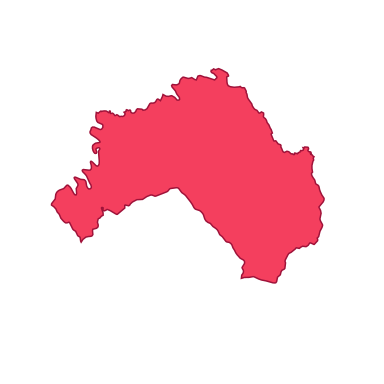 Yen The, Bắc Giang, Vietnam, rotated 137°
{"feature_id": "81297802B24165490506756", "entity_name": "Yen The", "entity_type": "district", "adm_level": 2, "iso_a3": "VNM", "parent_name": "Vietnam", "parent_adm1": "Bắc Giang", "projection": "equal_earth", "projection_center": [106.157, 21.524], "detail": "fine", "context": "isolated", "style": "filled", "palette": "rose", "viewbox_px": 384, "rotation_deg": 137, "n_neighbors": 0, "source": "geoboundaries", "source_scale": "gbopen_adm2", "svg_char_len": 5985}
<svg xmlns="http://www.w3.org/2000/svg" viewBox="0 0 384 384"><g transform="rotate(137 192 192)"><path d="M88.3,195.6L88.6,197.2L88.5,198.3L86.5,200.0L85.8,201.0L86.6,203.2L88.5,203.5L89.0,203.8L89.2,204.2L88.8,207.3L89.7,209.7L89.7,210.9L89.2,213.7L88.2,215.7L87.4,221.7L87.0,223.2L85.1,226.1L84.5,228.0L83.6,228.7L82.6,232.2L82.8,232.8L84.1,233.9L84.6,234.8L84.8,236.4L85.6,236.6L89.7,239.8L92.1,242.8L92.9,244.7L93.0,245.2L92.5,246.9L91.5,248.5L88.4,252.2L87.9,252.5L86.3,251.9L85.7,252.5L85.1,255.1L86.9,260.9L88.4,264.1L91.5,265.4L92.2,267.3L94.3,267.4L94.9,267.9L96.0,267.1L96.1,266.7L96.1,265.6L95.3,263.9L95.2,260.0L95.4,259.1L96.0,258.6L99.0,258.5L103.1,265.9L104.5,267.5L106.3,271.2L107.4,272.2L108.7,272.7L112.4,271.0L113.2,272.2L114.2,275.9L115.8,276.6L117.4,277.7L119.8,281.7L120.4,282.2L122.7,282.3L124.7,281.8L127.1,280.2L127.5,280.1L129.2,280.4L130.5,281.1L133.0,284.0L134.4,283.7L135.0,282.2L135.2,277.3L136.3,274.1L136.7,270.2L136.9,269.5L137.9,268.2L139.0,268.2L140.2,269.3L140.1,273.0L141.0,275.9L141.4,276.5L143.9,277.9L145.6,279.7L146.7,283.1L148.5,282.0L152.8,280.3L153.3,282.7L153.7,283.4L154.6,283.6L156.8,282.9L158.3,282.8L160.0,283.6L160.7,284.5L161.9,285.3L162.8,285.3L168.1,283.6L170.3,284.0L172.1,285.2L171.9,285.9L172.3,286.9L175.1,290.0L176.4,290.1L178.2,289.3L179.2,289.2L180.6,289.3L181.8,290.3L182.3,291.6L182.1,292.4L181.4,293.4L181.4,294.2L181.8,294.5L183.2,295.0L183.3,296.0L183.6,296.7L184.4,296.8L185.3,295.9L187.3,296.7L187.4,295.4L187.7,294.7L189.3,294.0L191.1,294.4L192.0,295.5L193.5,296.5L193.9,298.9L194.3,299.8L195.8,300.1L196.3,300.5L196.1,302.7L196.3,303.7L196.6,304.1L197.9,304.8L198.0,305.1L197.7,305.7L196.8,306.6L196.7,307.1L197.1,307.5L198.1,306.7L198.7,306.7L199.4,309.5L200.3,310.6L202.0,312.0L203.2,312.5L203.3,313.2L203.6,313.4L206.8,313.6L207.7,315.5L210.6,313.0L211.8,311.5L213.2,309.0L213.4,307.1L211.5,302.7L211.6,301.7L213.1,300.1L215.2,299.6L216.2,300.0L216.9,300.9L219.2,306.1L220.4,307.3L221.8,307.5L223.8,306.3L225.2,305.8L225.8,305.3L226.3,304.6L226.6,302.8L225.1,296.7L224.7,293.9L224.8,291.8L225.3,291.2L225.9,291.3L229.1,293.4L230.3,293.7L232.7,293.8L233.8,293.1L235.0,291.8L236.2,289.7L236.7,287.7L236.7,286.7L236.4,286.1L235.5,285.6L234.4,286.2L233.3,288.5L232.6,289.0L231.6,288.9L230.2,288.2L229.7,287.5L229.7,286.9L230.1,286.3L232.4,285.6L233.3,284.7L238.7,277.9L240.8,275.8L242.1,275.3L242.9,275.2L243.7,275.5L244.2,276.8L244.4,281.8L244.8,283.3L245.3,283.5L246.1,282.9L247.6,280.0L249.2,278.1L250.2,277.6L251.6,277.5L252.8,278.6L256.2,282.6L257.2,282.8L257.7,282.5L258.1,281.4L258.0,277.3L258.2,275.6L260.7,268.2L261.1,266.2L262.1,264.4L262.7,263.9L263.6,263.7L264.6,263.9L265.4,264.7L265.6,265.6L265.1,268.0L262.6,271.8L262.3,272.9L262.4,274.4L262.9,275.1L264.8,277.2L267.1,282.3L267.8,282.9L268.3,282.9L268.9,282.0L269.8,276.2L270.2,275.4L271.1,274.5L274.3,273.5L277.5,269.5L278.6,268.9L279.3,269.4L279.6,270.2L279.4,271.7L278.0,277.1L277.8,278.6L278.0,281.4L278.6,282.2L279.8,282.3L283.5,282.0L287.7,283.8L289.6,284.1L291.2,284.0L293.2,283.2L296.8,280.2L302.2,279.3L303.0,279.0L303.7,278.2L303.1,275.6L303.1,272.5L304.2,269.3L304.3,266.2L305.8,262.2L305.9,258.1L305.7,256.4L305.4,255.5L304.5,254.7L302.6,253.8L302.4,253.1L304.5,246.2L304.5,245.0L303.9,242.6L305.3,238.2L305.3,237.4L304.8,235.8L304.8,235.1L307.0,231.9L307.3,230.9L304.1,231.7L300.4,231.4L298.3,230.2L296.1,228.5L294.8,228.1L293.5,228.5L291.2,231.5L290.0,232.4L286.6,230.6L285.0,230.5L284.1,230.9L283.1,231.8L281.8,234.4L279.2,236.2L278.5,236.3L277.2,235.8L274.8,236.1L272.8,235.6L271.2,237.5L269.3,241.8L268.9,242.2L268.3,242.1L267.8,241.2L267.9,240.8L269.1,240.0L269.4,239.3L269.3,238.5L268.8,237.9L267.4,237.4L266.0,237.2L265.6,236.6L264.5,234.1L262.8,228.2L262.3,227.0L261.8,226.6L252.1,226.1L250.3,228.1L249.7,228.0L247.7,225.1L246.5,224.9L245.2,225.3L242.4,225.3L237.6,224.0L233.2,220.3L228.2,219.5L224.3,218.0L223.3,217.0L222.0,214.3L221.3,213.7L210.5,209.4L209.3,209.1L206.4,209.5L205.5,209.3L200.5,205.8L199.6,204.8L199.3,203.6L199.9,198.6L199.2,195.2L199.1,193.5L199.8,185.7L200.3,182.6L201.2,179.3L201.3,177.8L201.1,176.9L199.1,173.3L198.8,171.7L198.8,169.5L199.1,167.7L201.0,163.7L201.5,161.4L201.1,158.9L200.0,156.5L200.2,152.5L199.4,148.9L199.3,147.3L199.4,146.2L200.8,141.9L200.3,138.6L200.9,132.7L200.6,131.7L199.1,129.7L198.7,127.8L198.9,126.1L200.1,123.2L200.6,120.5L201.5,117.5L201.8,115.2L201.9,110.6L200.8,107.3L200.7,106.3L201.2,105.0L202.4,103.9L206.8,102.7L207.3,101.9L207.8,99.8L208.8,98.5L210.2,97.7L212.3,97.3L214.8,95.2L212.0,93.8L208.4,90.6L205.0,88.4L204.4,87.6L202.6,83.0L201.2,80.3L198.4,76.4L194.7,70.3L193.2,68.8L192.6,68.5L191.3,68.7L187.5,71.4L183.9,71.2L181.3,72.9L180.3,73.2L179.6,73.4L177.2,72.7L176.2,72.8L171.9,76.4L171.3,77.8L170.3,78.6L164.6,80.7L163.0,81.0L160.7,80.3L155.4,79.9L153.8,80.1L152.0,77.6L149.8,77.4L148.1,76.9L146.0,74.4L145.5,74.1L143.2,73.8L140.9,74.4L140.2,74.1L139.3,72.3L138.7,70.7L138.3,70.3L133.4,70.7L132.5,71.5L131.9,72.9L129.8,73.0L125.2,76.0L121.2,77.4L119.4,78.4L118.8,79.2L117.8,83.1L116.9,85.0L112.1,88.4L110.6,90.8L109.6,94.2L109.3,94.5L102.9,95.3L101.2,96.0L100.3,96.7L99.7,97.4L99.1,101.2L98.1,104.3L97.2,106.5L95.3,109.7L95.2,111.1L95.8,113.0L95.8,113.9L94.1,117.0L93.6,120.4L93.0,122.7L91.8,124.2L90.3,124.3L88.3,127.3L86.2,129.6L82.6,132.0L81.2,132.4L80.2,134.1L78.7,134.6L79.0,135.6L78.8,137.1L79.5,138.6L78.8,140.0L78.4,139.1L77.9,140.0L78.2,140.9L79.1,142.0L79.1,142.8L78.8,143.5L77.3,144.0L76.7,145.1L76.7,145.7L78.8,148.0L79.3,148.2L80.1,147.8L80.6,148.6L81.0,147.4L82.0,146.8L83.7,147.4L84.2,148.2L85.1,148.0L85.6,147.6L87.7,148.3L88.1,148.0L88.9,148.1L89.7,149.7L90.4,150.5L90.8,150.4L91.3,149.6L91.8,149.7L92.3,150.3L92.6,151.5L93.5,152.3L93.7,155.2L94.0,155.9L94.8,157.1L97.3,157.8L97.9,158.9L97.8,160.0L96.6,163.1L96.4,164.2L95.3,165.2L95.0,166.2L96.2,168.4L95.8,172.3L97.2,173.3L97.2,174.0L94.9,179.9L94.4,180.5L93.0,180.3L91.5,183.7L91.2,185.4L90.0,188.6L89.7,191.6L88.7,193.6L88.3,195.6Z" fill="#f43f5e" stroke="#9f1239" stroke-width="1.5"/></g></svg>